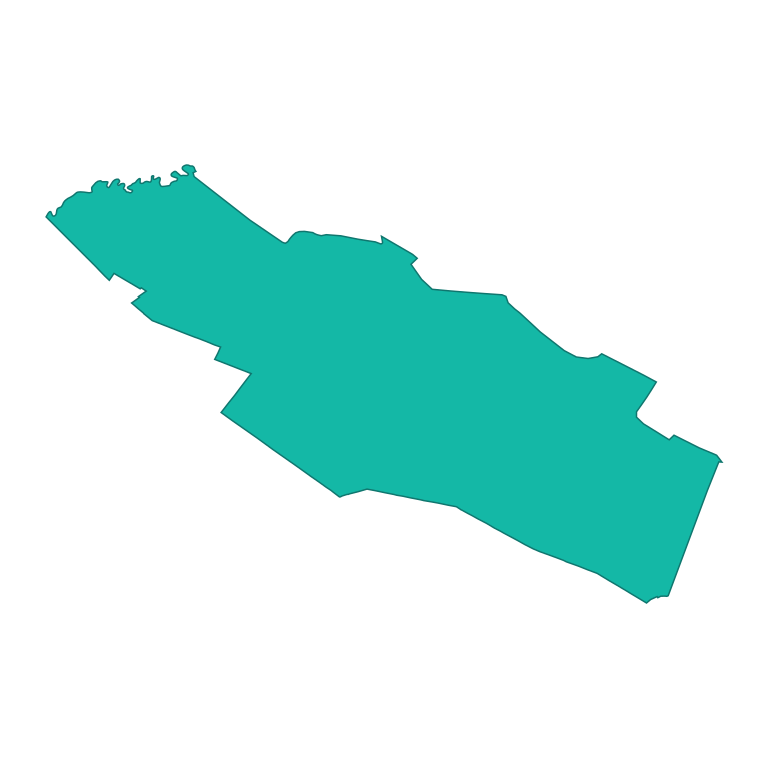 Berliste, Caras-Severin, Romania (Robinson projection)
{"feature_id": "2599482B52543575590530", "entity_name": "Berliste", "entity_type": "district", "adm_level": 2, "iso_a3": "ROU", "parent_name": "Romania", "parent_adm1": "Caras-Severin", "projection": "robinson", "projection_center": [21.411, 44.985], "detail": "fine", "context": "isolated", "style": "filled", "palette": "teal", "viewbox_px": 768, "rotation_deg": 0, "n_neighbors": 0, "source": "geoboundaries", "source_scale": "gbopen_adm2", "svg_char_len": 5148}
<svg xmlns="http://www.w3.org/2000/svg" viewBox="0 0 768 768"><path d="M601.7,353.8L597.8,356.8L588.1,358.5L576.3,357.0L564.2,350.6L540.2,331.9L520.2,313.3L514.5,308.8L508.1,302.8L505.9,296.4L502.0,294.8L484.6,293.6L467.1,292.3L449.7,290.9L432.2,289.3L421.6,279.4L411.0,264.3L417.2,258.3L412.6,254.4L381.5,236.3L382.6,242.5L382.4,243.1L382.0,243.5L381.4,243.8L380.6,243.9L375.3,241.9L366.7,240.6L358.0,239.2L349.4,237.5L340.8,235.8L326.3,234.7L321.3,235.7L319.0,235.2L316.8,234.6L314.7,233.7L312.8,232.6L304.5,231.4L299.3,231.6L295.7,232.8L295.0,233.4L292.9,235.2L291.1,237.2L289.4,239.3L287.9,241.6L285.3,243.3L282.4,242.3L250.0,220.2L194.1,176.6L193.1,172.7L195.9,171.4L195.6,171.0L195.1,170.2L194.1,167.5L193.6,166.9L193.0,166.4L192.6,166.1L191.5,166.0L190.5,166.0L190.1,165.9L188.5,165.2L187.9,165.1L186.5,165.0L185.7,165.2L184.8,165.5L183.8,166.0L183.1,166.5L182.5,167.2L182.3,167.8L182.3,168.3L182.3,168.7L182.5,169.1L183.2,170.0L184.6,171.1L188.1,173.5L188.3,173.7L188.4,174.0L188.4,174.3L188.3,174.6L188.0,174.9L187.4,175.4L187.0,175.6L183.6,175.4L182.9,175.4L181.6,175.7L180.9,175.7L180.6,175.6L180.3,175.4L176.9,172.5L176.3,171.9L176.0,171.7L175.3,171.4L174.9,171.4L174.2,171.6L173.0,172.4L172.2,173.0L171.6,173.6L171.4,173.9L171.2,174.3L171.2,175.0L171.4,175.7L171.8,176.1L173.2,176.8L176.9,178.0L177.3,178.3L177.5,178.6L177.4,179.3L176.9,180.5L176.6,180.7L176.0,181.0L174.1,181.3L171.8,182.4L171.3,182.8L171.0,183.1L170.5,184.0L170.1,185.0L169.8,185.3L169.5,185.5L168.9,185.7L164.8,186.3L162.2,186.5L161.6,186.4L161.2,186.2L160.8,185.9L160.2,185.0L159.5,183.1L159.4,182.3L160.0,180.3L160.2,179.1L160.1,178.4L159.9,178.0L159.7,177.7L158.9,177.4L158.3,177.6L155.3,179.2L154.8,179.3L154.1,179.4L153.8,179.3L153.6,179.1L153.5,178.8L153.3,178.0L153.7,176.3L153.6,176.1L153.5,175.9L153.3,175.8L152.7,175.8L152.3,175.9L152.0,176.1L151.6,176.6L151.5,179.5L151.3,180.4L151.1,181.2L150.7,181.8L150.4,182.0L149.9,182.1L149.2,182.0L148.1,181.7L147.2,181.5L146.2,181.5L145.4,181.7L144.5,182.1L144.1,182.4L143.5,183.0L143.1,183.2L141.4,183.4L140.8,183.3L140.4,183.0L140.1,182.7L140.1,182.3L140.2,179.0L140.1,178.7L139.8,178.6L139.5,178.6L139.2,178.7L138.8,178.9L137.6,179.9L136.3,181.3L135.8,182.1L135.4,182.5L133.9,183.3L132.9,183.6L132.5,183.9L131.0,185.4L130.7,185.5L129.7,185.9L129.3,186.1L128.0,186.9L127.6,187.3L127.5,187.8L127.6,188.0L128.0,188.5L129.8,189.5L130.9,189.8L132.1,190.2L132.4,190.3L132.5,190.5L132.5,190.8L132.4,191.2L131.8,192.1L131.4,192.5L130.4,192.8L130.0,192.8L128.1,192.1L126.8,192.0L126.5,191.8L125.6,191.0L125.5,190.3L125.3,190.1L124.4,189.6L123.8,189.1L123.6,188.6L123.6,188.1L123.7,187.7L124.5,186.2L124.7,185.5L124.5,184.2L124.0,183.7L123.5,183.5L122.7,183.5L121.5,183.7L121.0,183.8L120.6,184.0L119.9,184.7L119.6,185.0L118.8,185.4L118.5,185.4L118.2,185.3L118.0,185.0L117.9,184.7L117.7,184.3L117.7,184.0L117.8,183.7L118.8,182.9L119.5,181.6L119.6,181.3L119.6,181.1L119.4,180.5L118.7,179.6L118.4,179.3L118.0,179.2L117.5,179.2L116.3,179.3L115.0,179.8L114.1,180.4L113.3,181.1L112.8,181.6L112.2,182.5L109.4,187.0L109.1,187.3L108.8,187.5L108.1,187.5L107.8,187.3L107.2,186.9L106.9,186.2L106.8,185.9L106.8,185.3L106.9,184.8L107.8,182.7L107.8,182.1L107.7,181.9L106.3,181.7L102.5,181.8L101.8,181.6L101.4,181.2L100.8,180.9L100.4,180.8L99.8,180.9L97.9,181.3L95.7,182.8L92.2,186.8L91.7,187.8L91.8,189.9L92.2,191.5L91.8,192.1L91.3,192.4L89.3,192.8L83.8,192.1L80.4,191.9L79.0,192.0L77.9,192.1L76.6,192.6L73.1,195.6L70.8,197.0L69.4,197.7L67.8,198.5L65.8,200.0L64.8,200.9L63.6,202.5L62.5,205.0L61.4,206.7L61.0,207.0L58.8,207.9L58.1,208.2L57.2,209.2L56.8,210.4L56.3,213.6L56.0,214.4L55.6,215.1L54.9,215.7L54.3,216.0L53.4,216.1L53.0,215.9L52.6,215.6L52.0,214.6L51.0,212.2L50.8,211.8L50.4,211.6L50.1,211.6L49.6,211.8L49.1,212.2L48.1,213.4L46.1,216.9L95.7,266.5L99.2,270.2L105.2,276.4L109.3,280.3L114.0,273.4L140.2,288.8L141.3,287.8L146.2,291.1L138.4,296.6L139.4,297.4L131.6,303.0L138.1,308.6L143.5,313.1L143.7,313.6L152.2,320.6L187.8,334.5L195.4,337.4L197.0,337.9L205.8,341.3L214.7,345.0L220.6,347.0L217.9,353.1L214.7,359.4L242.5,370.2L251.2,373.6L247.1,378.9L240.3,387.8L234.4,395.7L228.9,402.5L221.1,412.5L233.1,421.2L257.4,438.2L273.3,449.8L296.7,466.2L311.3,476.7L319.1,482.1L326.0,487.1L331.0,490.4L333.1,492.1L339.4,496.9L340.3,496.9L342.3,495.9L347.1,494.4L348.2,494.4L349.7,493.8L358.1,491.7L367.0,489.1L374.9,490.6L380.2,491.7L384.9,492.7L394.1,494.5L396.6,495.2L402.8,496.2L410.7,497.9L413.9,498.5L420.6,499.8L423.8,500.6L432.2,502.0L438.3,503.1L448.7,505.3L456.4,506.7L459.8,508.9L460.7,509.6L461.8,510.1L468.0,513.5L471.1,515.1L478.3,519.1L486.6,523.4L494.6,528.2L500.1,531.0L504.1,533.3L517.6,540.5L524.9,544.6L533.3,548.9L539.9,551.7L556.5,557.7L563.6,560.4L566.3,561.8L571.1,563.5L578.4,566.1L587.4,569.7L597.0,573.3L609.7,581.0L615.9,584.6L623.6,589.2L631.2,593.8L638.9,598.4L646.5,603.0L650.7,599.5L657.1,596.6L657.8,597.7L660.8,596.2L664.8,596.1L666.9,596.3L668.2,595.7L707.4,490.4L718.8,461.9L721.9,462.1L716.6,455.2L698.8,447.7L674.0,435.2L669.2,439.8L643.4,423.8L636.5,417.2L636.5,411.8L641.7,404.5L646.8,397.1L651.6,389.6L656.3,382.0L643.5,375.1L601.7,353.8Z" fill="#14b8a6" stroke="#0f766e" stroke-width="1.5"/></svg>